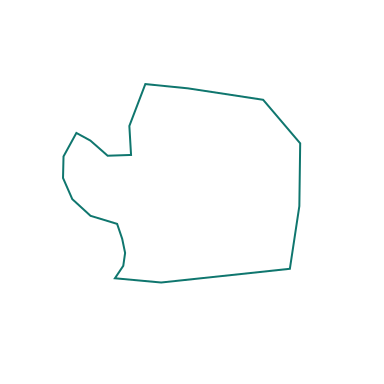 outline of Banjul, rotated 225°
{"feature_id": "GMB-2153", "entity_name": "Banjul", "entity_type": "Independent City", "adm_level": 1, "iso_a3": "GMB", "parent_name": "Gambia", "parent_adm1": "", "projection": "albers", "projection_center": [-16.653, 13.415], "detail": "fine", "context": "isolated", "style": "outline", "palette": "teal", "viewbox_px": 384, "rotation_deg": 225, "n_neighbors": 0, "source": "natural_earth", "source_scale": "10m", "svg_char_len": 426}
<svg xmlns="http://www.w3.org/2000/svg" viewBox="0 0 384 384"><g transform="rotate(225 192 192)"><path d="M68.5,206.9L149.8,106.2L185.5,76.5L188.4,91.2L196.2,101.6L208.2,109.5L222.4,116.5L246.9,103.4L271.6,102.3L293.1,110.7L308.0,126.3L315.5,152.0L300.2,156.5L277.3,158.0L261.3,175.1L283.0,194.4L301.3,235.3L268.2,262.4L206.9,307.5L149.9,302.9L106.1,257.9L68.5,206.9Z" fill="none" stroke="#0f766e" stroke-width="2"/></g></svg>